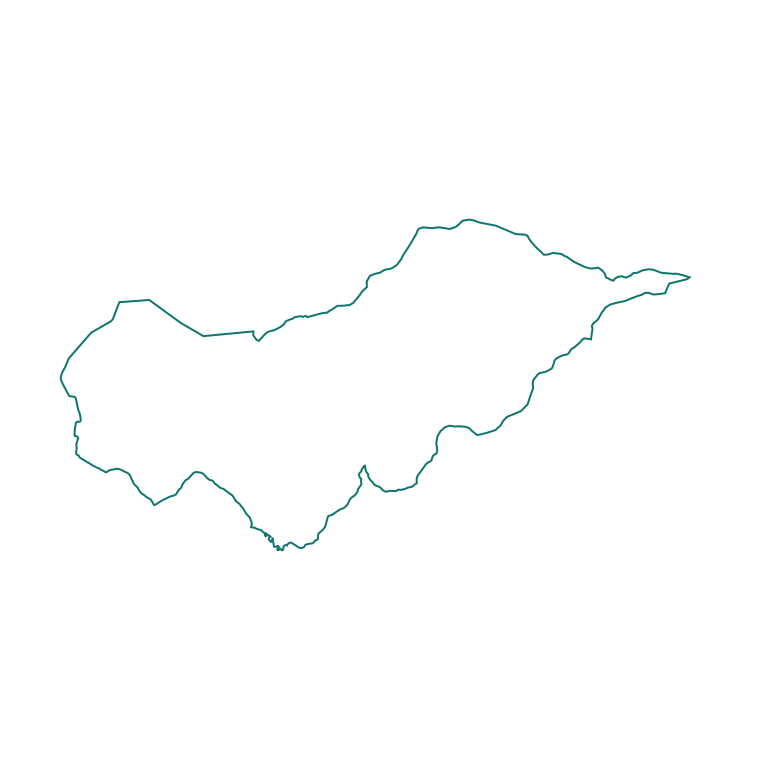 outline of Poienile Izei, Maramures, Romania, rotated 171°
{"feature_id": "2599482B51572516473215", "entity_name": "Poienile Izei", "entity_type": "district", "adm_level": 2, "iso_a3": "ROU", "parent_name": "Romania", "parent_adm1": "Maramures", "projection": "albers", "projection_center": [24.11, 47.7], "detail": "fine", "context": "isolated", "style": "outline", "palette": "teal", "viewbox_px": 768, "rotation_deg": 171, "n_neighbors": 0, "source": "geoboundaries", "source_scale": "gbopen_adm2", "svg_char_len": 6156}
<svg xmlns="http://www.w3.org/2000/svg" viewBox="0 0 768 768"><g transform="rotate(171 384 384)"><path d="M696.5,450.2L700.1,445.7L702.1,441.5L702.5,438.9L701.3,434.4L698.7,426.7L696.9,421.6L696.5,421.2L696.0,421.0L691.7,419.8L691.3,419.4L691.1,419.1L690.6,417.2L690.4,411.8L689.9,405.5L689.2,402.8L689.0,399.5L689.1,396.1L689.4,395.2L689.6,394.8L690.2,394.5L690.6,394.4L693.2,394.7L693.7,394.4L694.4,393.7L696.2,388.4L697.2,384.5L697.6,381.7L697.5,381.1L697.1,381.1L696.4,380.7L695.6,380.1L694.9,379.8L694.8,379.6L694.6,378.6L694.8,377.8L695.3,376.7L696.7,374.1L697.5,371.7L697.5,370.8L697.4,369.2L697.5,368.6L698.4,366.2L698.9,363.9L698.9,363.1L698.7,362.6L698.1,362.0L697.0,361.3L696.2,359.6L695.8,358.8L689.2,353.1L687.9,352.2L684.4,349.0L682.3,347.6L680.2,346.0L679.0,345.4L676.3,343.2L674.6,342.0L673.2,340.8L672.4,340.2L671.7,340.4L668.6,341.7L667.2,341.9L665.7,341.9L661.9,342.1L660.3,341.9L658.8,341.3L657.3,340.5L653.9,338.0L651.5,336.5L650.1,335.0L649.4,334.1L646.6,324.3L645.9,323.2L644.3,321.3L643.5,320.1L642.5,317.2L641.5,315.2L641.0,314.4L638.0,311.5L636.2,309.4L632.7,306.7L632.3,306.1L632.0,305.5L630.2,300.8L630.1,300.5L629.9,300.5L629.5,300.5L628.3,300.7L624.8,302.3L619.4,304.4L616.7,305.0L616.0,305.4L612.8,306.3L611.1,306.6L609.6,306.6L606.5,307.6L604.9,309.7L604.1,310.5L603.3,311.3L602.9,311.8L601.1,312.8L600.6,313.3L598.0,317.2L595.9,319.2L595.1,319.9L594.4,320.3L593.3,320.5L592.3,321.0L588.9,323.7L587.6,324.7L586.7,325.6L585.3,326.2L584.1,326.5L583.1,326.4L579.3,325.3L578.0,324.6L576.9,323.8L576.0,322.9L574.8,321.0L573.7,319.1L572.6,318.0L572.1,317.2L571.4,316.7L570.7,316.3L569.0,315.7L568.6,315.4L568.2,314.9L567.8,314.1L566.4,311.9L564.3,309.7L562.6,307.7L561.7,306.9L559.5,305.8L558.7,305.3L557.0,303.4L556.3,302.8L555.2,301.5L551.5,298.0L550.6,296.5L549.0,292.4L548.5,291.7L548.1,291.0L546.2,288.9L545.2,287.7L544.9,287.2L544.3,285.6L542.9,283.9L540.7,278.2L539.9,276.7L537.5,273.2L536.4,268.0L536.4,267.1L536.9,264.8L537.7,263.4L533.8,262.0L532.7,261.0L530.0,259.7L529.3,259.2L528.0,258.7L526.6,256.6L525.1,255.3L525.1,253.9L525.0,252.6L524.6,252.0L524.2,252.2L524.6,254.5L524.2,255.0L523.9,254.9L523.5,254.1L522.8,253.4L522.0,253.1L521.3,252.2L520.1,251.3L519.9,250.7L520.8,250.5L521.2,250.6L521.3,250.5L521.5,249.8L522.1,249.2L522.0,248.3L521.4,247.2L520.4,245.8L520.0,245.8L518.7,248.0L518.4,248.6L518.1,248.8L518.0,248.7L517.9,247.8L518.4,245.8L518.3,245.0L518.0,243.7L518.2,241.3L518.1,240.6L517.0,240.1L515.9,240.2L514.8,240.7L514.1,240.7L513.5,240.1L513.4,239.5L514.7,238.1L515.3,237.3L515.2,236.7L514.4,236.5L513.7,236.8L513.1,237.5L512.6,237.7L511.9,237.5L511.7,236.6L511.2,236.0L510.5,235.7L509.9,235.9L509.4,236.6L509.1,237.6L508.3,239.4L507.4,240.1L506.1,240.3L505.0,239.7L504.4,240.8L502.1,241.9L501.2,242.0L499.9,241.5L498.4,240.0L494.3,236.4L493.5,235.6L491.8,235.0L490.1,235.0L488.9,235.2L488.4,235.7L487.3,237.0L486.3,237.5L484.1,237.9L479.6,237.8L477.9,238.8L476.8,239.8L476.1,240.3L474.4,240.5L473.6,241.2L472.9,244.2L472.4,246.0L471.7,246.8L470.1,247.8L467.6,249.2L466.3,250.3L464.1,252.8L460.4,261.3L460.0,261.9L459.4,262.4L456.0,262.8L448.8,266.2L446.5,267.0L443.0,267.9L441.1,268.9L439.0,270.6L435.9,275.1L434.4,276.6L430.0,278.8L428.5,280.2L427.0,282.0L425.9,284.4L424.1,286.3L422.1,288.3L421.9,291.1L421.4,293.8L422.8,296.0L422.8,299.0L421.7,300.1L420.2,301.3L419.2,303.3L417.9,304.5L416.1,306.3L415.6,306.3L415.6,302.6L415.2,299.8L413.9,297.7L414.0,295.7L413.8,294.2L413.4,293.1L412.2,291.0L408.7,285.4L404.7,283.1L403.8,282.3L402.8,280.9L401.9,279.3L399.9,277.8L398.2,277.2L397.2,277.4L395.8,277.5L394.4,277.4L389.9,276.5L388.6,276.5L386.4,277.4L384.0,276.8L381.3,277.0L380.9,276.7L377.0,277.8L374.8,278.1L372.1,278.2L369.5,279.8L367.2,280.8L366.6,285.1L365.3,288.0L358.5,294.7L355.4,298.0L353.0,299.6L351.3,300.0L349.2,300.9L347.2,305.0L345.2,306.3L343.0,307.2L341.7,310.3L341.6,315.9L341.7,317.2L339.5,323.7L335.8,328.4L330.7,331.7L325.9,332.6L320.9,331.0L316.4,330.5L310.1,329.0L306.9,327.1L304.0,323.4L300.0,319.0L295.0,319.2L289.2,319.8L281.2,321.0L275.5,324.7L271.8,329.2L267.6,332.3L253.0,335.8L245.4,341.4L239.4,352.9L237.6,356.0L237.1,359.7L237.1,361.4L236.6,362.9L235.9,364.5L230.6,369.4L228.7,370.5L223.2,370.6L219.2,371.8L216.5,372.8L215.4,373.6L213.4,377.1L212.0,380.3L210.0,382.2L207.0,383.2L203.0,384.4L199.1,384.5L197.1,385.2L195.6,386.8L193.8,388.9L189.5,390.9L185.1,393.7L183.4,394.8L181.4,396.7L178.8,397.7L172.6,395.7L169.4,406.1L169.7,408.8L167.9,411.0L162.5,414.3L157.5,420.7L155.0,423.0L153.7,424.7L148.1,427.1L141.6,427.8L132.8,428.3L125.2,430.1L119.3,431.3L115.3,431.8L113.3,432.8L110.5,433.0L107.9,432.5L106.6,431.6L103.5,430.1L92.3,429.6L86.6,438.6L68.3,440.1L65.5,441.6L70.2,443.9L75.5,446.3L78.4,447.3L81.8,447.7L92.8,450.5L99.7,454.5L104.4,455.9L110.3,455.9L116.8,454.2L120.5,454.5L122.9,452.8L126.8,451.6L128.5,451.3L130.2,452.1L131.6,452.9L132.5,453.2L136.2,453.2L137.9,452.6L139.8,451.7L141.0,450.2L142.9,450.9L148.2,454.7L148.4,457.6L150.2,461.3L151.8,463.1L154.3,465.4L157.5,465.3L162.6,465.9L167.4,468.2L174.4,472.9L178.2,475.8L183.5,481.0L186.0,482.4L188.0,484.5L196.6,487.1L200.4,486.3L204.5,486.4L206.4,487.1L208.5,490.4L211.5,493.9L216.0,500.8L218.1,504.7L219.0,507.8L221.5,509.5L230.5,511.5L248.8,522.9L264.3,528.5L269.1,531.2L273.7,533.0L280.8,533.0L285.1,529.9L288.3,528.1L292.5,527.1L295.2,526.9L305.2,530.2L308.4,530.3L311.6,530.3L314.8,531.0L320.8,532.6L324.9,532.0L326.5,530.9L328.5,527.4L336.8,517.3L340.4,513.2L344.5,508.9L347.4,504.7L352.1,500.1L353.8,498.9L355.1,498.5L357.3,497.3L360.7,496.7L364.1,496.8L366.1,496.4L370.9,494.5L374.9,494.3L380.6,493.2L381.5,492.4L384.8,488.3L385.3,486.3L385.7,482.5L391.3,478.7L394.3,475.4L401.7,468.9L405.7,467.3L408.5,467.6L411.1,467.6L417.8,468.5L423.1,465.9L426.8,464.7L428.8,463.4L434.1,463.6L441.3,462.9L449.1,462.0L450.6,463.4L453.9,463.1L455.9,464.0L461.7,464.0L464.0,462.8L467.0,462.4L470.9,461.4L473.8,458.4L477.4,456.5L483.9,454.3L487.7,454.1L490.6,453.6L494.0,451.7L499.0,447.6L500.9,446.2L503.0,447.6L505.5,452.5L504.8,456.4L554.8,459.5L575.2,476.1L602.7,503.7L632.6,506.2L641.9,490.1L644.3,488.5L665.2,480.5L691.3,458.6L696.5,450.2Z" fill="none" stroke="#0f766e" stroke-width="2"/></g></svg>